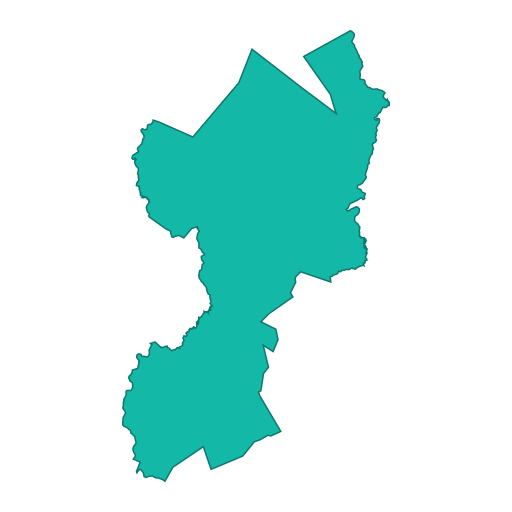 the district of Guazapares, Chihuahua, Mexico
{"feature_id": "50627088B41160279042816", "entity_name": "Guazapares", "entity_type": "district", "adm_level": 2, "iso_a3": "MEX", "parent_name": "Mexico", "parent_adm1": "Chihuahua", "projection": "mercator", "projection_center": [-108.298, 27.372], "detail": "fine", "context": "isolated", "style": "filled", "palette": "teal", "viewbox_px": 512, "rotation_deg": 0, "n_neighbors": 0, "source": "geoboundaries", "source_scale": "gbopen_adm2", "svg_char_len": 6087}
<svg xmlns="http://www.w3.org/2000/svg" viewBox="0 0 512 512"><path d="M136.9,472.7L138.8,470.1L140.3,469.2L143.3,472.7L144.0,476.3L145.7,477.5L149.5,476.2L152.4,476.0L155.8,477.8L157.8,477.9L162.6,479.5L164.9,481.3L172.9,467.2L203.3,446.7L211.1,469.3L242.8,456.0L254.3,441.8L260.0,439.8L268.0,435.2L270.7,436.0L280.8,431.4L259.8,395.8L258.5,392.0L260.9,390.8L263.5,373.6L268.5,367.2L263.2,345.2L273.1,351.6L278.0,339.7L275.9,329.2L260.9,321.8L268.9,313.7L292.9,296.9L290.5,292.9L295.7,282.2L295.2,279.1L295.8,276.7L300.7,271.8L330.8,282.0L330.1,276.8L332.5,276.1L332.9,275.3L337.1,273.9L337.9,273.2L338.1,271.7L338.9,271.2L339.8,271.8L340.7,271.7L341.9,270.4L344.7,270.1L345.6,269.5L349.1,269.6L351.7,267.9L352.8,268.6L355.5,269.1L356.0,268.3L360.3,266.0L363.0,265.4L364.0,265.8L363.3,263.3L364.1,263.5L365.1,262.6L364.8,261.0L367.0,260.1L366.4,259.5L366.6,258.7L365.5,257.9L366.1,254.8L366.5,254.5L365.8,253.2L367.1,253.0L366.5,251.8L367.1,249.0L365.9,248.9L366.3,248.5L365.9,247.0L364.6,247.9L364.0,247.7L364.2,246.8L365.4,245.7L365.1,245.2L363.9,245.1L364.4,243.7L363.5,243.2L364.0,242.2L364.7,243.3L365.5,243.0L365.3,241.7L366.3,240.9L365.4,240.1L365.9,239.2L365.3,238.9L364.8,239.3L364.1,240.6L363.7,239.7L364.2,237.7L362.6,237.6L361.4,238.1L360.8,236.5L359.4,236.4L359.7,232.3L359.1,230.6L359.7,229.1L359.7,226.6L358.9,226.1L358.3,224.4L355.1,221.8L354.5,220.5L354.9,216.8L356.1,215.5L357.8,214.5L359.2,212.0L359.5,209.1L358.0,207.3L356.3,206.7L350.3,209.5L349.0,210.8L346.8,210.5L346.3,209.3L348.0,208.2L349.7,204.0L350.7,203.4L357.1,200.4L360.3,198.3L362.0,198.2L363.1,199.6L364.7,198.7L364.2,196.4L364.8,195.7L365.3,193.5L361.9,192.0L360.9,189.6L358.4,188.7L357.5,187.9L357.3,186.7L358.0,185.2L360.3,184.6L362.7,182.9L363.5,181.3L365.9,178.6L366.3,177.0L365.5,175.2L365.4,174.1L367.6,167.6L367.7,164.8L369.4,163.2L368.9,160.3L369.4,158.6L370.9,155.1L372.4,153.7L372.5,150.3L373.5,149.1L372.3,144.7L373.0,143.5L375.5,142.0L376.5,140.4L375.4,137.4L376.3,135.1L375.5,133.6L376.1,133.1L376.1,132.3L377.2,130.6L376.3,128.0L376.9,126.1L377.6,125.8L377.9,124.3L378.9,123.6L379.6,120.2L379.1,118.8L377.9,118.5L376.8,118.7L377.0,120.3L375.8,120.4L374.3,118.1L376.9,116.5L376.9,115.8L379.2,112.7L380.2,112.5L382.6,107.4L385.7,107.5L386.5,107.2L387.7,105.6L389.3,105.5L389.2,102.7L389.1,102.3L388.7,102.5L388.4,101.3L387.9,101.3L387.3,99.2L386.3,100.3L383.4,97.3L383.5,95.1L385.0,93.0L384.4,92.1L383.5,91.9L382.4,90.7L378.5,89.7L377.2,88.9L373.2,89.3L371.2,88.7L369.7,87.5L368.0,87.4L365.2,83.8L364.8,80.8L364.2,79.9L360.4,79.2L359.8,78.7L360.3,74.6L359.8,71.6L360.3,70.1L362.7,66.3L361.9,63.6L362.2,62.4L361.6,62.0L361.9,61.2L361.2,60.6L360.9,59.1L359.5,58.0L359.3,56.0L358.0,54.1L356.4,49.9L354.6,47.0L354.5,45.3L351.7,41.7L354.0,36.6L354.4,34.8L354.0,33.5L352.2,31.8L350.4,30.7L303.7,56.5L330.3,94.3L336.1,113.5L301.7,87.7L252.0,49.2L238.8,82.8L192.9,137.0L158.7,121.9L153.1,120.1L152.9,122.1L150.7,124.5L149.0,124.3L147.5,125.3L147.3,127.8L146.7,129.4L144.0,129.6L142.5,128.7L141.2,129.6L141.2,131.4L143.7,134.8L144.1,137.5L142.7,139.4L142.5,141.5L141.5,144.0L137.7,148.0L137.5,149.7L138.4,150.8L138.5,151.7L133.1,155.1L132.0,157.3L132.0,158.2L132.9,159.2L133.7,159.3L135.0,158.1L135.8,158.8L136.1,159.5L135.0,160.2L134.7,160.8L134.9,163.4L136.0,165.8L138.2,168.2L138.5,169.9L137.5,173.5L138.5,175.5L138.2,177.2L138.7,178.1L138.7,180.5L138.5,181.2L137.6,181.7L137.4,182.7L136.8,183.0L136.4,185.6L139.0,186.4L139.4,186.9L139.0,187.4L139.5,187.9L139.2,189.5L140.1,190.8L140.0,192.2L140.9,193.0L140.3,193.6L140.5,195.2L142.5,195.9L142.7,196.7L142.0,197.0L142.7,197.2L142.5,197.8L143.6,197.8L144.3,196.6L145.1,196.8L144.9,197.5L146.8,197.3L146.8,198.5L147.7,198.6L147.9,199.7L149.0,200.0L148.9,201.5L149.5,201.9L149.1,202.0L148.6,203.4L147.0,205.2L146.4,207.7L147.4,211.8L149.4,213.8L148.8,216.0L149.4,217.1L165.8,228.8L170.7,231.3L170.6,232.5L171.9,237.0L173.2,237.4L174.7,236.5L178.7,235.4L183.8,237.9L191.7,228.5L197.4,226.7L197.2,228.2L197.9,228.3L198.1,228.8L197.8,229.3L199.4,231.2L198.6,231.9L197.4,234.7L196.8,238.9L198.9,242.8L198.9,247.9L200.8,249.0L202.5,252.3L204.5,253.9L204.4,254.7L201.5,256.2L201.2,257.1L201.8,260.0L203.5,261.9L203.8,263.0L202.2,264.6L201.7,269.1L200.9,270.2L199.7,270.5L198.7,275.8L199.2,278.1L201.2,280.9L201.4,281.8L202.9,282.6L203.5,284.0L206.4,287.3L206.8,290.3L208.1,293.9L209.9,294.9L209.9,297.7L210.5,298.4L210.2,299.7L211.3,301.1L210.1,303.4L211.0,304.5L211.4,306.0L212.1,305.8L211.6,306.8L210.6,306.6L209.9,307.1L209.5,308.9L210.7,309.1L210.9,309.8L210.2,310.4L209.5,309.8L208.8,310.1L208.5,311.4L207.6,311.5L208.1,312.7L206.9,311.8L205.3,311.7L205.0,312.2L204.1,311.4L204.1,313.1L203.2,313.5L202.9,314.8L199.9,318.0L198.8,317.2L198.6,317.9L199.3,318.8L198.7,319.4L198.9,320.0L198.0,320.4L198.7,321.7L196.0,322.1L198.0,322.8L198.5,323.7L197.6,324.1L197.3,323.1L196.6,323.2L196.9,326.4L196.5,327.3L195.1,328.4L194.0,326.9L193.6,326.8L193.1,328.2L192.3,328.0L191.9,329.3L190.1,328.4L189.1,329.6L189.0,331.4L187.3,331.8L186.0,333.3L187.1,335.0L187.0,335.6L185.8,336.3L184.0,335.8L183.0,338.0L184.0,340.7L182.4,342.9L182.7,345.0L181.1,346.5L179.3,347.1L179.5,348.3L178.0,347.7L176.9,347.9L175.4,349.7L173.6,349.6L172.2,350.7L170.7,350.1L169.2,348.2L167.5,347.7L167.3,346.2L167.0,346.1L164.6,346.6L162.9,347.6L162.2,347.6L161.5,347.0L160.8,347.3L155.1,342.0L150.4,343.4L151.8,344.9L149.1,349.9L149.4,354.1L147.9,356.6L146.7,357.1L144.9,356.3L141.9,356.4L141.0,354.4L139.2,353.8L137.6,354.4L136.7,355.7L136.8,357.5L139.3,361.2L138.6,362.3L139.0,363.4L138.0,366.0L138.1,367.4L137.4,368.5L132.4,370.0L132.3,371.6L131.3,374.1L129.2,376.1L128.6,378.0L129.4,379.0L129.9,381.0L132.4,382.7L132.8,386.7L131.9,389.3L131.1,390.4L126.9,390.5L126.1,391.2L126.2,395.1L123.7,399.6L124.0,401.3L123.4,402.2L123.4,405.0L122.8,408.1L125.5,412.1L125.3,413.5L123.1,417.8L122.7,424.1L122.8,424.9L123.9,426.2L127.5,427.8L128.5,429.2L130.4,430.3L131.0,433.3L132.7,434.3L133.4,435.4L134.6,436.3L136.1,443.1L133.4,446.9L132.9,449.0L133.5,451.6L135.4,455.3L135.0,456.8L133.3,459.1L140.2,462.1L136.5,471.4L136.9,472.7Z" fill="#14b8a6" stroke="#0f766e" stroke-width="1.5"/></svg>